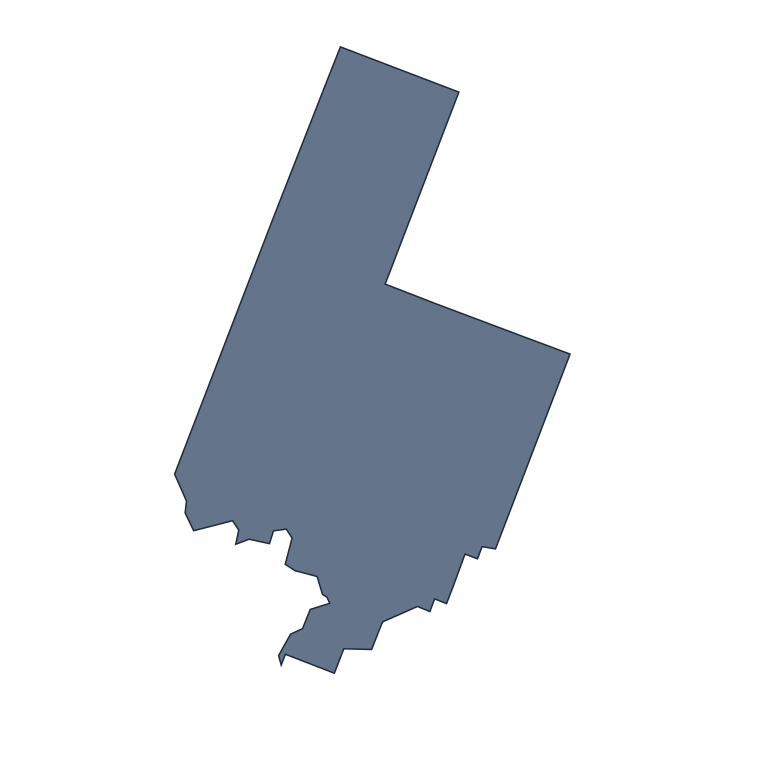 Yamhill, Oregon, United States of America, rotated 111°
{"feature_id": "52423323B33159762923031", "entity_name": "Yamhill", "entity_type": "district", "adm_level": 2, "iso_a3": "USA", "parent_name": "United States of America", "parent_adm1": "Oregon", "projection": "mercator", "projection_center": [-123.102, 45.254], "detail": "fine", "context": "isolated", "style": "filled", "palette": "slate", "viewbox_px": 768, "rotation_deg": 111, "n_neighbors": 0, "source": "geoboundaries", "source_scale": "gbopen_adm2", "svg_char_len": 757}
<svg xmlns="http://www.w3.org/2000/svg" viewBox="0 0 768 768"><g transform="rotate(111 384 384)"><path d="M683.3,379.2L671.7,379.2L671.8,326.7L645.6,326.6L636.3,300.4L609.6,300.2L606.3,299.8L579.7,273.0L580.0,259.6L566.5,259.7L566.6,246.9L546.9,246.9L513.8,247.4L513.7,234.1L500.7,234.1L498.0,220.8L497.4,220.8L289.4,221.0L289.9,274.6L290.5,365.7L290.3,418.7L84.7,418.7L84.9,545.5L123.2,545.9L269.9,546.9L270.5,546.9L543.2,547.2L564.1,526.4L575.6,523.5L589.2,509.1L565.9,476.4L572.5,467.2L586.8,465.0L577.3,454.4L574.1,433.7L560.7,434.5L554.5,423.2L560.8,414.6L587.7,411.6L590.2,400.2L587.7,377.5L602.5,366.0L603.5,360.8L608.2,356.1L620.9,372.1L641.6,372.4L651.0,381.6L675.3,385.1L683.3,379.2Z" fill="#64748b" stroke="#1e293b" stroke-width="1.5"/></g></svg>